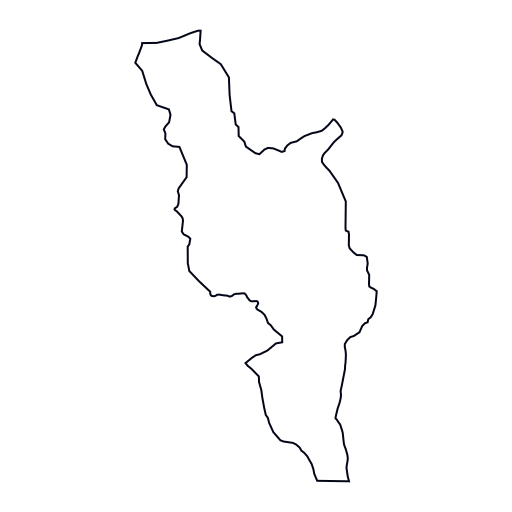 outline of Bouar, Nana-Mambéré, Central African Republic
{"feature_id": "33826404B23664805641311", "entity_name": "Bouar", "entity_type": "district", "adm_level": 2, "iso_a3": "CAF", "parent_name": "Central African Republic", "parent_adm1": "Nana-Mambéré", "projection": "robinson", "projection_center": [15.492, 5.917], "detail": "fine", "context": "isolated", "style": "outline", "palette": "ink", "viewbox_px": 512, "rotation_deg": 0, "n_neighbors": 0, "source": "geoboundaries", "source_scale": "gbopen_adm2", "svg_char_len": 3455}
<svg xmlns="http://www.w3.org/2000/svg" viewBox="0 0 512 512"><path d="M259.0,381.9L261.3,390.0L262.4,398.1L264.2,407.9L265.8,415.0L267.9,417.9L269.1,422.8L273.3,432.1L280.4,440.3L283.5,441.5L287.6,442.1L292.9,442.9L296.1,444.5L299.7,447.6L301.4,450.7L304.1,452.7L307.2,456.2L309.2,459.8L311.7,464.1L313.4,469.3L314.3,473.9L317.2,480.8L349.0,481.3L347.7,476.3L346.5,468.0L346.7,465.5L347.3,462.4L347.8,458.7L347.4,455.0L346.6,452.1L345.6,448.7L344.4,445.7L343.9,443.6L343.3,438.5L343.1,436.3L342.8,433.5L342.5,431.9L341.5,428.7L340.6,425.9L340.1,424.4L338.2,421.9L337.0,419.9L335.5,418.3L335.7,416.8L336.4,413.6L337.6,408.7L338.4,406.3L339.4,403.4L340.1,400.7L340.8,397.4L341.0,394.9L340.8,392.8L340.6,391.0L341.7,386.1L345.0,369.1L345.1,365.5L345.5,363.1L345.6,361.1L345.8,357.6L345.9,354.4L345.6,351.3L345.4,349.7L344.8,347.3L344.8,344.0L347.3,340.0L350.3,337.1L353.8,336.0L359.5,332.2L361.5,327.7L362.2,326.0L365.0,323.2L367.6,322.3L368.3,319.2L370.8,317.2L372.7,314.1L375.0,306.7L375.4,305.4L375.8,301.6L376.1,298.5L376.4,295.2L376.7,291.2L374.6,289.6L373.7,288.8L371.4,287.9L369.3,286.5L369.0,284.3L369.2,274.8L368.2,272.8L367.0,270.3L367.0,267.9L367.7,263.5L366.8,257.0L365.2,256.0L363.9,255.3L359.0,255.1L356.7,255.0L353.7,252.6L351.7,250.6L349.6,248.2L348.8,245.1L349.0,234.4L348.5,231.7L345.8,230.6L345.5,228.3L345.8,201.5L338.0,182.9L329.5,170.8L326.6,167.8L324.2,165.1L322.0,162.0L321.9,158.9L322.8,155.7L324.3,153.4L328.3,149.3L333.7,142.4L336.7,139.5L339.1,137.4L341.4,135.4L342.5,132.8L342.6,131.5L340.8,127.5L339.7,126.0L337.7,123.2L336.5,121.8L334.5,119.7L333.1,119.4L328.5,124.9L324.8,128.4L321.7,130.8L316.6,132.3L312.2,133.1L304.7,136.0L301.3,138.1L296.8,141.3L290.6,142.9L287.5,145.3L285.0,148.4L284.5,151.1L281.7,151.9L278.5,150.5L273.3,148.4L268.0,147.9L264.5,149.5L259.4,154.2L255.4,153.2L245.9,146.6L244.3,141.6L238.7,136.0L238.5,127.1L235.7,124.4L234.3,113.3L231.5,111.2L229.6,94.9L228.9,77.4L220.8,64.2L211.9,57.9L202.2,50.5L199.6,44.2L200.1,38.9L200.6,30.7L198.0,30.7L190.6,33.1L178.5,38.1L167.3,40.7L156.6,42.9L142.1,43.1L142.1,44.6L141.5,46.7L141.1,47.5L140.8,48.4L140.3,49.8L140.1,50.2L139.5,51.9L138.8,53.8L138.0,55.5L137.3,57.3L136.7,59.1L136.0,60.8L135.6,62.0L135.4,62.6L135.3,62.8L142.2,70.8L146.3,84.0L150.8,94.6L156.8,105.2L168.9,109.4L170.5,114.9L169.1,122.3L165.4,126.5L163.8,129.4L165.4,133.4L165.2,139.2L168.2,143.7L172.6,146.3L179.4,146.9L186.8,164.8L186.6,177.2L178.7,188.3L177.8,191.2L179.0,195.3L178.4,203.9L177.2,206.8L175.7,207.7L174.8,208.4L174.5,209.4L175.1,210.2L176.5,211.1L178.0,212.6L179.7,214.4L181.6,216.5L182.6,218.2L183.0,220.7L181.8,231.5L183.6,234.3L188.3,236.7L190.3,238.7L189.3,244.4L187.7,246.6L187.7,249.7L187.8,263.2L189.3,271.0L199.0,281.2L208.9,290.5L210.2,291.7L210.2,293.9L210.8,295.1L211.6,295.9L213.1,296.2L214.8,296.1L216.2,295.4L217.0,294.8L219.2,294.6L222.0,295.1L224.5,295.4L227.4,295.7L229.7,296.6L231.7,296.1L233.9,294.4L235.9,293.8L239.1,293.7L242.5,293.3L244.7,293.5L245.6,294.5L246.4,295.5L247.1,297.2L248.2,298.5L249.6,300.4L250.6,301.0L252.0,301.4L253.6,301.2L255.4,301.1L256.4,301.1L257.2,301.3L257.8,302.0L258.2,303.2L257.9,304.2L256.6,306.7L256.1,307.1L256.6,308.7L257.7,309.7L261.5,311.9L264.6,314.9L266.4,318.5L268.0,323.0L270.7,325.2L273.9,329.6L282.1,336.4L282.2,342.3L276.0,343.4L267.3,350.6L259.7,354.3L255.9,355.2L251.8,357.9L245.5,363.1L247.7,365.8L251.3,368.7L255.0,372.5L258.8,376.4L259.0,379.7L259.0,381.9Z" fill="none" stroke="#020617" stroke-width="2"/></svg>